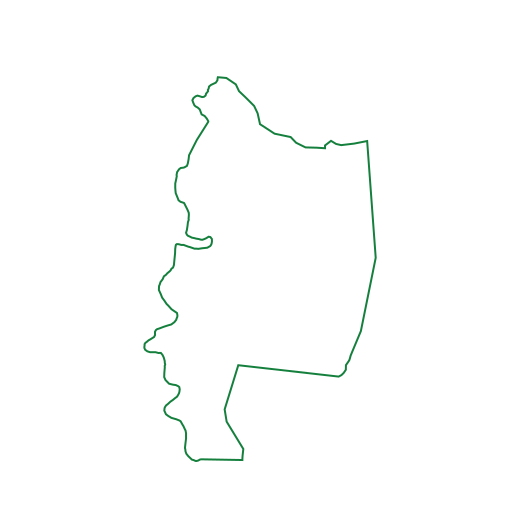 River Doree, Choiseul, Saint Lucia (orthographic projection), rotated 154°
{"feature_id": "8701671B82289109634820", "entity_name": "River Doree", "entity_type": "district", "adm_level": 2, "iso_a3": "LCA", "parent_name": "Saint Lucia", "parent_adm1": "Choiseul", "projection": "orthographic", "projection_center": [-61.034, 13.767], "detail": "fine", "context": "isolated", "style": "outline", "palette": "green", "viewbox_px": 512, "rotation_deg": 154, "n_neighbors": 0, "source": "geoboundaries", "source_scale": "gbopen_adm2", "svg_char_len": 3227}
<svg xmlns="http://www.w3.org/2000/svg" viewBox="0 0 512 512"><g transform="rotate(154 256 256)"><path d="M357.7,78.6L356.7,80.5L355.6,82.4L352.0,88.1L355.0,120.0L351.4,131.9L319.8,165.6L234.6,111.4L231.4,111.5L228.4,112.5L225.1,114.4L224.5,115.6L223.0,118.5L220.1,120.1L217.9,121.4L216.6,122.7L214.6,125.0L210.2,128.9L194.7,142.5L149.2,201.9L105.7,310.6L118.5,314.0L130.8,318.3L134.9,321.6L138.1,326.6L145.5,325.1L146.7,322.6L154.1,326.8L163.9,331.9L170.3,340.2L172.7,347.7L185.7,357.8L194.6,372.7L192.0,383.5L191.9,391.7L195.9,403.3L199.0,411.6L198.9,419.1L204.6,429.0L211.9,433.4L212.6,432.6L213.6,430.9L215.1,430.0L216.2,429.4L221.4,429.5L223.9,428.9L225.2,427.2L226.5,426.3L226.8,425.2L228.5,424.3L229.6,423.9L231.0,422.3L233.1,421.9L234.8,422.5L236.6,424.3L238.3,425.8L240.3,426.0L242.9,425.4L244.9,423.9L245.2,421.3L245.3,418.4L244.7,416.9L243.3,414.9L242.3,412.4L242.6,409.3L242.8,407.1L240.8,404.4L240.0,401.1L239.8,398.0L240.3,397.4L258.4,386.2L272.0,375.9L274.1,372.6L276.7,369.1L278.5,367.3L280.6,367.1L282.1,367.1L284.2,367.8L285.1,368.1L287.1,367.7L290.1,366.0L291.9,363.6L292.2,362.5L293.7,360.5L295.8,357.8L296.7,356.7L298.6,352.9L299.8,349.9L300.6,347.7L301.0,341.9L301.2,340.1L300.1,337.8L298.4,336.2L297.4,335.1L297.3,327.9L297.5,324.3L298.3,322.4L299.4,320.5L300.2,319.2L300.6,318.0L302.3,316.3L304.2,313.3L306.7,309.7L307.6,308.7L308.7,307.5L308.8,305.5L308.3,304.0L306.6,302.0L305.7,300.7L303.6,299.1L302.1,297.8L300.1,296.4L298.3,294.8L297.1,294.1L295.4,293.9L293.1,293.8L290.1,294.1L288.7,293.0L288.2,290.6L289.2,288.4L290.1,287.1L291.0,286.1L292.0,285.4L292.8,285.0L296.1,284.8L298.7,285.7L300.8,286.5L304.7,287.7L306.8,289.0L307.0,289.0L308.0,289.5L311.5,293.0L312.8,294.1L315.2,296.6L316.1,297.6L318.3,298.7L320.3,300.5L322.0,301.4L323.0,301.2L323.8,300.3L325.5,297.8L327.5,294.0L331.2,288.0L333.7,283.9L335.6,282.0L337.6,281.6L339.1,280.5L340.3,280.1L343.5,279.3L345.0,278.6L347.7,278.1L350.0,276.1L351.7,275.2L353.2,274.5L355.0,272.6L356.3,271.5L358.2,268.0L358.3,263.3L358.6,259.7L357.9,255.9L357.4,252.1L356.6,249.9L355.5,246.0L355.3,245.2L352.0,239.4L352.6,237.2L353.4,235.8L354.6,234.8L355.7,233.6L358.4,232.3L362.2,231.6L365.5,232.2L369.7,232.8L375.1,233.3L376.9,233.6L378.4,233.3L380.0,232.2L381.4,229.2L383.1,227.9L387.7,227.4L389.6,227.3L391.8,226.7L393.5,226.4L394.8,225.6L395.5,224.2L396.3,223.1L396.7,221.9L396.7,221.6L396.7,220.3L395.5,218.0L393.4,216.0L388.5,213.6L386.2,211.6L384.0,210.6L383.4,208.1L383.4,205.3L383.7,203.6L384.1,201.6L384.9,199.7L385.0,198.9L385.3,198.1L386.2,197.3L386.9,195.7L389.7,191.0L391.6,187.4L391.7,184.1L390.1,179.3L387.1,176.8L384.6,175.1L383.0,173.1L382.4,171.9L383.0,169.6L384.4,167.5L385.5,166.3L387.6,164.8L388.9,164.1L390.8,163.8L393.6,163.1L396.8,162.6L400.1,161.6L402.4,161.1L404.3,159.9L404.9,159.3L406.2,157.2L406.3,153.2L405.1,150.9L404.7,150.2L403.6,148.6L403.1,147.7L401.2,146.0L399.3,144.3L397.0,141.8L396.2,140.5L396.0,136.6L395.8,135.0L395.9,131.1L395.8,130.1L396.6,127.3L397.3,125.9L398.9,122.6L401.3,118.9L403.5,115.4L404.0,114.6L404.3,113.2L405.0,111.3L405.3,108.8L404.6,105.7L403.8,103.6L402.9,101.1L401.5,99.9L400.2,98.3L399.5,97.9L397.8,97.5L395.4,97.6L394.2,97.2L357.7,78.6Z" fill="none" stroke="#15803d" stroke-width="2"/></g></svg>